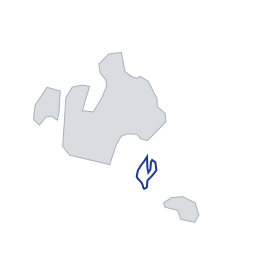 Lumparland on a map of Aland (Mercator projection), rotated 19°
{"feature_id": "ALD-4819", "entity_name": "Lumparland", "entity_type": "state/province", "adm_level": 1, "iso_a3": "ALA", "parent_name": "Aland", "parent_adm1": "", "projection": "mercator", "projection_center": [20.249, 60.105], "detail": "fine", "context": "in_parent", "style": "outline", "palette": "blue", "viewbox_px": 256, "rotation_deg": 19, "n_neighbors": 0, "source": "natural_earth", "source_scale": "10m", "svg_char_len": 1066}
<svg xmlns="http://www.w3.org/2000/svg" viewBox="0 0 256 256"><g transform="rotate(19 128 128)"><path d="M114.8,78.1L120.2,78.2L122.5,75.2L131.9,77.3L145.9,90.9L148.7,98.3L158.4,102.1L161.8,109.7L150.6,133.5L143.7,134.0L138.5,131.0L129.4,133.6L124.1,138.1L122.3,147.9L122.6,168.6L81.7,172.7L72.3,166.7L59.4,119.7L62.0,107.5L70.7,102.3L78.1,101.2L79.2,126.6L90.0,124.1L93.5,107.3L94.2,95.5L91.3,89.6L83.9,85.0L79.6,77.1L85.7,64.3L97.1,58.8L106.9,75.8L114.8,78.1ZM57.7,135.8L58.6,143.6L51.9,141.7L46.8,144.4L43.3,154.1L35.8,150.6L32.7,136.7L38.3,115.9L51.9,115.1L57.7,135.8ZM223.3,187.1L221.9,195.4L207.7,197.2L201.7,189.8L188.4,190.8L186.1,187.1L191.6,179.7L202.2,175.1L215.9,177.0L223.3,187.1Z" fill="#d9dde1" stroke="#a8b0b8" stroke-width="1"/><path d="M165.1,151.6L168.6,158.8L166.4,165.1L163.5,171.2L165.1,178.1L163.1,180.2L161.8,179.4L160.6,177.4L159.0,175.5L153.1,172.2L151.9,170.7L151.2,164.9L152.4,159.2L154.2,153.8L155.4,149.0L159.3,159.4L161.7,163.5L162.7,160.0L160.8,152.8L161.2,150.4L165.1,151.6Z" fill="none" stroke="#1e3a8a" stroke-width="2"/></g></svg>